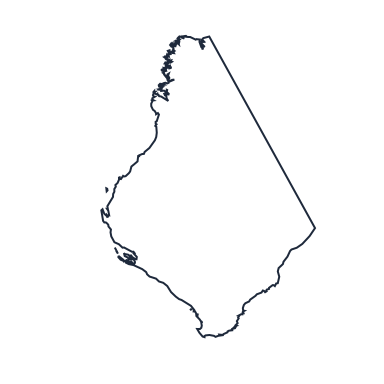 outline of Western Australia, rotated 328°
{"feature_id": "AUS-2651", "entity_name": "Western Australia", "entity_type": "State", "adm_level": 1, "iso_a3": "AUS", "parent_name": "Australia", "parent_adm1": "", "projection": "albers", "projection_center": [121.445, -24.431], "detail": "fine", "context": "isolated", "style": "outline", "palette": "slate", "viewbox_px": 384, "rotation_deg": 328, "n_neighbors": 0, "source": "natural_earth", "source_scale": "10m", "svg_char_len": 5903}
<svg xmlns="http://www.w3.org/2000/svg" viewBox="0 0 384 384"><g transform="rotate(328 192 192)"><path d="M277.2,287.8L268.4,291.7L258.0,294.5L251.3,294.8L245.9,293.5L243.9,294.0L238.7,297.4L232.7,299.6L230.9,301.3L225.2,302.4L222.7,304.8L221.1,310.1L216.4,314.8L214.9,314.2L212.4,315.7L211.9,314.3L211.0,313.7L206.5,314.1L205.9,315.0L203.7,314.4L202.8,314.9L202.7,315.7L200.9,315.7L200.7,314.1L199.9,313.1L197.6,314.1L192.7,313.1L190.9,313.7L184.3,314.1L182.5,315.1L178.3,314.6L176.1,315.3L173.6,317.4L172.6,319.6L173.5,320.5L171.9,320.4L171.5,322.0L170.8,321.4L170.0,322.5L168.8,321.7L165.8,321.5L166.3,322.1L164.6,322.9L164.6,323.9L161.6,325.3L161.2,327.4L158.6,328.0L159.1,328.9L158.1,328.6L155.2,329.2L157.0,329.9L156.3,330.3L153.6,329.4L152.9,330.6L149.9,329.2L148.3,329.1L147.7,329.8L143.4,329.2L142.4,329.8L139.7,328.6L140.9,328.4L139.6,327.4L139.5,328.2L135.2,327.3L134.4,325.6L131.0,322.5L127.5,320.8L126.3,320.8L125.7,321.7L124.4,320.2L123.7,315.3L123.8,310.9L126.1,312.4L127.9,312.1L129.5,310.5L130.6,307.8L131.4,307.7L131.5,307.3L131.3,306.3L131.0,307.6L131.0,304.2L130.0,299.5L131.0,297.5L130.4,299.4L131.3,301.0L130.6,299.1L131.8,298.7L131.1,297.9L131.3,295.2L130.5,294.5L131.2,294.3L131.4,293.3L130.8,288.0L125.9,278.0L124.3,276.0L122.8,272.1L121.2,265.8L121.2,258.6L119.5,253.8L116.6,250.4L115.6,246.4L111.2,241.2L110.3,238.0L110.7,235.7L108.9,231.0L103.6,222.9L100.2,219.7L98.2,216.4L99.7,217.4L99.8,214.2L100.3,217.8L101.0,219.2L100.5,214.4L101.0,216.5L101.6,216.3L102.3,220.4L102.8,217.9L103.2,221.5L103.8,219.8L104.5,222.5L106.1,221.8L106.7,220.7L106.8,218.4L105.5,217.1L104.4,216.9L103.0,215.3L102.7,213.3L101.0,210.7L101.9,207.7L102.0,208.9L104.6,211.3L105.0,212.5L104.8,216.6L105.6,216.6L106.2,215.5L106.1,213.2L106.8,213.6L106.8,215.4L108.4,218.9L109.3,219.6L110.8,217.8L110.0,213.4L110.9,213.5L110.7,211.6L109.5,211.0L105.0,203.1L103.6,202.4L102.3,197.5L99.6,193.5L100.0,186.9L101.5,183.1L103.4,180.8L102.9,177.0L103.6,175.5L103.4,173.9L102.8,172.1L101.5,171.4L101.3,169.4L105.4,159.5L107.0,159.2L106.1,163.9L106.6,165.9L107.3,165.7L106.9,168.2L107.6,168.4L108.8,167.3L109.4,167.9L111.1,163.5L111.0,161.4L111.6,161.9L112.7,159.2L122.4,154.3L124.1,151.9L126.3,150.6L127.7,148.3L130.2,147.1L130.7,145.5L133.7,144.9L136.7,142.8L137.7,141.1L138.4,141.2L137.7,142.7L138.6,143.4L142.1,141.8L142.5,142.8L144.1,143.4L148.4,142.6L150.4,141.8L154.1,138.3L162.0,137.2L165.4,133.0L166.2,133.6L166.6,132.9L169.9,133.4L171.4,134.2L173.1,132.9L179.2,132.1L187.9,128.5L190.8,126.4L193.5,123.1L196.3,117.8L195.9,116.5L197.8,115.8L197.4,114.8L198.4,113.2L199.6,113.3L205.0,108.8L204.9,107.0L202.8,107.0L203.3,106.1L203.3,103.5L202.5,101.6L202.9,97.7L204.2,95.5L206.7,93.9L206.6,93.3L208.1,94.0L207.3,92.5L208.0,91.5L211.0,91.5L210.0,90.5L210.2,89.2L211.8,88.0L212.2,86.8L213.5,86.4L213.2,86.9L213.9,87.5L213.1,87.6L212.7,88.9L213.7,90.4L214.8,90.3L214.4,91.4L215.1,91.9L214.9,93.3L216.4,94.6L220.1,102.2L220.1,99.2L221.1,96.9L220.3,95.7L220.5,94.3L224.4,97.3L223.0,94.5L223.9,94.9L223.6,93.8L225.0,92.3L224.8,92.0L224.4,92.7L223.0,93.1L222.0,91.2L219.5,90.0L220.8,88.6L219.6,88.8L218.5,87.9L219.4,88.0L219.0,87.5L221.2,88.3L220.5,88.1L221.4,87.8L219.5,86.8L222.1,87.1L221.1,86.3L222.1,86.5L222.1,85.9L220.0,85.0L220.4,83.8L222.3,83.3L223.3,84.1L222.8,84.2L223.4,84.8L222.4,84.9L224.0,85.8L224.0,87.1L224.4,86.0L225.6,86.5L225.1,85.4L225.6,85.2L224.6,84.4L227.3,85.2L228.5,86.8L230.0,87.0L230.5,86.3L236.6,87.3L234.4,86.3L230.7,86.0L230.5,84.5L231.2,82.5L232.2,84.0L233.2,83.3L233.4,80.5L235.0,79.3L233.5,79.3L231.9,81.7L231.3,79.5L230.9,80.1L230.6,77.5L231.2,76.8L230.6,75.6L231.5,75.6L231.8,74.9L233.8,75.4L234.0,74.2L234.5,75.0L235.1,73.5L234.4,73.4L234.3,72.1L235.5,72.6L235.2,73.2L236.0,72.7L236.3,73.5L237.5,73.6L238.4,74.4L238.2,75.1L239.1,75.4L239.2,74.8L240.8,75.7L239.4,74.4L240.3,73.1L239.0,72.6L237.5,73.3L237.1,72.8L239.3,71.1L236.9,72.2L236.5,71.1L237.1,70.3L238.2,70.7L238.8,70.3L238.6,68.6L239.7,68.7L239.4,69.4L240.2,69.5L240.6,71.1L240.4,69.4L240.7,69.2L242.2,70.9L244.0,70.9L243.2,69.8L244.0,69.3L241.0,68.4L242.5,67.6L241.2,67.1L240.4,65.6L242.5,64.4L241.7,64.1L243.2,62.7L243.1,64.1L243.7,63.2L244.3,64.5L245.0,62.6L246.2,63.3L246.3,59.5L248.1,59.9L247.8,60.7L247.1,60.6L247.4,62.9L246.8,64.5L248.1,61.5L248.0,62.4L249.5,62.3L249.3,63.9L250.3,64.7L250.4,63.1L251.9,63.1L251.2,61.4L252.2,61.0L252.3,59.6L253.4,59.1L253.3,57.8L251.5,57.4L251.4,56.4L252.8,56.9L251.9,55.5L252.9,55.1L252.8,55.6L253.6,55.6L253.0,56.8L254.4,56.0L253.7,57.7L254.3,57.6L254.0,58.6L255.2,59.6L255.9,59.0L255.3,58.4L255.8,57.4L257.1,56.3L258.9,56.0L257.3,57.7L258.3,57.7L257.8,58.2L258.8,58.6L259.1,59.7L259.8,57.6L260.3,58.4L260.9,57.8L260.6,56.6L262.5,56.2L261.2,54.2L262.0,53.9L262.4,54.5L262.8,54.3L262.4,53.7L263.8,53.4L265.3,54.8L265.0,55.5L265.9,56.6L266.4,55.5L266.8,56.4L267.3,55.7L268.5,56.6L268.5,55.9L269.6,56.4L270.0,57.9L272.6,59.6L275.9,64.8L276.7,64.7L279.4,66.8L278.8,67.3L278.8,68.3L277.9,68.6L276.7,74.1L277.0,75.6L276.3,76.8L277.4,75.9L277.8,72.8L279.7,75.7L278.8,71.2L280.3,69.3L280.7,71.1L280.9,70.4L281.6,71.1L282.0,71.2L281.4,68.0L283.2,67.5L289.0,69.3L277.2,287.8ZM97.9,213.7L98.8,216.2L95.6,211.6L95.0,208.3L95.4,207.8L96.0,207.9L97.8,212.9L97.6,213.9L97.9,213.7ZM121.8,144.3L121.2,145.9L120.0,146.2L121.3,143.5L121.8,144.3ZM233.2,73.2L234.1,74.0L232.6,74.5L233.3,73.7L231.7,73.5L233.1,72.0L233.2,73.2ZM240.7,61.9L241.3,63.8L240.5,64.5L240.0,63.2L240.5,63.4L240.7,61.9ZM280.9,68.9L281.9,71.1L280.9,70.0L280.9,68.9ZM278.0,70.9L278.7,72.1L278.6,72.9L277.8,72.2L278.0,70.9ZM96.5,205.0L96.5,202.2L96.9,201.5L96.5,205.0ZM97.0,199.9L96.9,201.3L97.1,198.2L97.0,199.9ZM231.1,72.3L231.4,72.8L230.2,72.7L231.1,72.3ZM237.7,68.2L237.7,69.3L236.9,68.6L237.7,68.2ZM258.0,55.1L258.7,55.1L259.4,55.5L258.2,55.5L258.0,55.1ZM127.8,291.3L128.8,290.9L129.1,291.1L127.8,291.3ZM130.3,292.9L130.6,293.7L130.6,294.0L130.4,293.9L130.3,292.9Z" fill="none" stroke="#1e293b" stroke-width="2"/></g></svg>